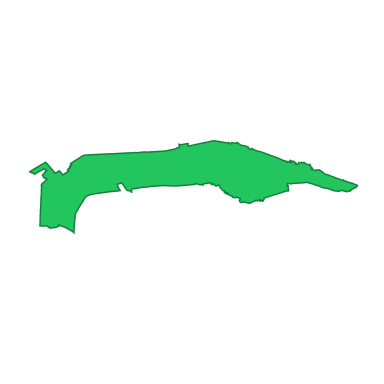 Scobinti, Iasi, Romania, rotated 187°
{"feature_id": "2599482B99021610053255", "entity_name": "Scobinti", "entity_type": "district", "adm_level": 2, "iso_a3": "ROU", "parent_name": "Romania", "parent_adm1": "Iasi", "projection": "natural_earth1", "projection_center": [26.947, 47.425], "detail": "fine", "context": "isolated", "style": "filled", "palette": "green", "viewbox_px": 384, "rotation_deg": 187, "n_neighbors": 0, "source": "geoboundaries", "source_scale": "gbopen_adm2", "svg_char_len": 5890}
<svg xmlns="http://www.w3.org/2000/svg" viewBox="0 0 384 384"><g transform="rotate(187 192 192)"><path d="M316.1,205.2L314.8,204.1L316.4,202.8L315.8,202.3L316.5,201.7L315.9,201.2L318.0,199.5L317.1,198.7L318.0,197.9L317.3,197.4L322.3,193.2L326.3,196.9L327.9,195.5L330.0,194.0L340.8,203.7L343.3,201.8L345.5,200.2L350.1,196.7L355.3,192.5L355.5,192.2L355.2,192.1L354.9,192.3L354.6,192.1L354.3,192.1L353.3,191.5L352.9,191.6L352.2,191.4L352.0,191.2L351.0,190.9L350.4,190.4L348.2,192.4L344.2,195.1L342.9,196.1L342.3,196.3L342.2,196.6L341.6,197.1L338.8,195.4L340.2,194.2L340.0,193.9L342.0,191.4L342.5,190.6L342.1,190.2L341.8,189.4L340.8,188.1L339.6,187.6L339.0,187.7L338.2,187.5L337.2,186.8L338.0,186.4L338.4,185.9L339.9,184.0L341.4,182.5L342.3,181.2L342.1,180.7L342.3,180.4L341.7,177.2L341.8,176.2L341.8,175.2L341.5,174.5L341.3,172.0L341.3,171.3L341.2,168.3L340.8,164.2L340.8,163.6L340.6,162.8L340.2,156.9L340.3,155.3L340.1,154.6L340.0,154.2L339.8,150.5L339.2,145.3L338.8,139.8L335.8,140.0L333.1,140.6L332.1,140.7L330.9,140.2L330.4,139.7L330.1,139.8L328.7,138.8L324.4,139.9L323.7,139.9L323.1,140.1L320.9,141.4L320.1,141.8L320.4,143.1L311.6,140.9L311.4,140.5L310.9,140.4L309.3,139.7L308.6,139.5L307.9,139.1L307.1,138.9L304.2,137.3L304.3,137.6L304.8,146.9L305.0,149.2L304.9,150.4L305.0,151.6L304.9,153.7L304.9,154.8L305.1,155.3L304.9,156.6L304.5,157.9L303.7,159.3L302.7,161.7L302.3,163.1L301.6,164.3L300.1,167.8L299.3,169.0L298.9,169.9L298.5,171.2L297.5,173.0L296.9,174.4L296.3,174.6L295.8,175.2L294.8,175.8L293.2,176.6L292.7,177.0L289.9,177.9L287.6,178.6L286.2,178.9L282.5,180.0L282.2,180.0L278.9,180.9L272.3,182.6L270.0,183.0L263.5,184.6L263.6,184.9L264.3,185.8L265.3,186.9L265.6,187.6L266.0,188.1L266.3,188.2L266.5,189.0L267.1,190.2L267.1,190.6L262.7,192.4L257.3,186.2L256.4,185.6L253.9,185.6L252.7,184.9L252.5,184.5L251.8,184.6L252.1,185.2L252.3,185.9L251.7,188.0L250.1,188.2L247.3,188.9L241.2,190.8L240.0,190.9L236.7,191.6L233.0,192.6L223.7,194.5L221.3,194.8L220.1,195.1L214.8,195.4L209.6,195.9L204.9,196.7L190.6,199.8L189.9,200.1L189.2,200.9L187.4,200.5L185.8,200.3L185.4,200.2L181.7,200.4L181.8,201.4L175.8,203.1L175.6,203.3L174.8,203.5L173.9,202.3L173.1,201.6L171.6,202.7L169.7,201.0L168.3,201.2L168.2,201.1L166.2,202.3L165.9,201.9L165.7,201.5L165.2,201.3L165.1,201.0L165.1,200.5L164.5,199.8L162.9,198.5L161.5,197.0L160.4,197.1L159.6,197.0L159.6,196.5L159.8,195.3L159.7,195.2L158.6,195.2L157.5,195.7L157.3,195.7L157.0,195.1L157.1,194.8L157.4,194.4L157.5,194.2L157.3,194.1L156.8,194.2L156.2,194.9L155.8,195.0L155.3,194.0L154.9,193.6L153.2,192.9L151.8,192.9L151.0,191.8L150.3,191.5L148.5,191.6L146.9,192.2L145.9,192.2L144.3,191.5L143.4,191.4L143.2,191.2L143.3,190.6L143.5,190.1L143.9,189.4L144.0,189.1L143.1,188.1L142.5,187.7L141.8,187.6L140.4,187.9L138.9,188.4L137.8,188.1L137.1,188.3L136.1,188.1L135.5,187.9L134.9,187.7L133.6,188.0L133.0,188.0L129.8,190.1L128.7,190.7L128.0,191.4L127.9,191.0L126.6,191.5L125.8,191.1L125.6,191.7L124.9,191.9L124.0,192.4L124.1,191.8L123.1,191.3L122.7,192.5L121.9,192.4L122.1,191.7L121.4,191.6L121.4,191.8L121.2,192.0L120.9,191.9L120.9,191.7L120.4,191.7L119.9,193.0L119.7,193.2L119.6,194.0L119.6,194.6L119.4,194.8L118.6,195.3L117.2,195.8L116.4,196.2L116.0,196.4L115.7,197.0L115.1,196.9L103.3,202.2L98.9,204.3L97.3,204.8L96.5,204.8L96.4,205.1L96.6,205.2L96.8,205.6L96.8,205.8L96.5,206.4L97.1,208.4L97.3,210.0L98.3,209.8L98.5,211.9L98.4,212.0L95.1,212.2L93.9,212.4L92.0,213.0L89.8,213.4L81.5,214.9L80.9,215.4L80.3,215.3L78.7,215.6L76.2,215.0L73.7,214.8L70.8,214.2L69.5,213.8L67.0,213.5L65.9,213.2L65.6,213.1L63.4,212.3L56.4,211.8L55.1,211.6L53.5,210.9L53.0,210.8L49.4,210.5L45.8,210.7L45.5,211.1L44.5,211.5L43.8,211.7L42.0,211.7L40.0,211.3L39.4,211.4L39.0,211.3L38.8,211.3L38.4,211.1L37.3,211.5L36.9,211.8L35.7,212.2L35.4,212.0L34.6,212.8L34.0,213.9L33.6,214.3L32.3,214.9L32.2,215.1L31.6,215.4L29.3,217.0L29.3,217.3L29.1,217.8L28.5,218.6L28.6,218.8L30.8,219.2L31.3,219.5L33.6,219.9L33.9,220.0L34.1,220.4L34.3,220.4L34.5,220.2L35.1,220.1L35.7,220.4L36.5,220.5L36.7,220.4L37.1,220.3L37.8,220.7L38.1,220.9L38.7,221.0L42.3,221.7L42.8,221.9L43.0,222.4L43.6,221.9L50.3,223.3L52.4,223.9L56.7,224.9L59.3,225.6L59.8,225.6L62.8,226.2L63.8,226.8L64.8,227.9L65.8,227.8L66.6,228.5L66.8,228.9L67.2,229.1L67.4,229.0L67.8,229.3L68.1,229.3L69.1,229.6L70.0,229.1L70.3,229.1L70.8,228.7L71.0,228.7L71.4,228.8L71.4,228.7L72.1,228.5L72.3,228.6L72.9,228.3L73.6,228.6L75.1,228.9L75.6,228.9L75.9,229.1L76.4,229.1L76.3,229.5L75.4,230.3L76.7,231.3L77.8,232.8L78.4,233.8L79.5,233.2L81.9,233.6L83.7,234.8L84.2,234.9L85.2,234.5L85.2,234.8L86.8,234.5L87.1,234.7L87.4,234.3L89.6,234.2L89.6,233.6L90.7,232.0L92.8,232.5L92.3,233.3L95.2,235.0L95.9,234.4L96.2,234.4L98.1,235.4L98.5,235.3L98.4,234.9L98.1,234.8L97.4,234.3L96.9,233.4L97.0,233.3L100.6,234.0L100.8,233.8L100.6,233.4L101.0,233.3L101.1,233.5L101.7,233.6L102.1,233.8L102.7,233.9L102.9,234.1L103.4,234.3L103.9,234.3L104.1,234.4L105.1,233.9L105.4,234.0L105.7,234.6L110.6,236.1L128.7,240.3L133.3,240.9L133.6,240.8L133.8,241.1L135.5,241.4L135.8,241.6L138.1,242.6L138.5,241.7L139.0,241.3L141.5,242.3L141.3,243.1L141.6,243.4L142.3,243.5L143.0,243.8L144.0,244.1L149.0,244.4L152.4,246.2L153.5,246.7L153.8,246.1L154.1,245.7L155.9,245.7L157.1,245.9L158.1,245.7L158.7,245.9L159.9,244.2L161.6,245.6L162.4,245.1L162.6,245.0L164.9,245.1L165.6,244.9L166.1,245.2L166.6,245.3L167.4,245.1L169.1,245.3L176.5,245.6L184.6,242.8L191.8,240.4L200.5,237.3L201.4,237.0L201.5,237.3L201.5,237.9L201.7,239.3L201.8,239.3L202.0,239.6L210.0,237.2L210.9,238.4L209.9,234.6L212.0,234.1L213.2,233.1L213.3,232.9L223.3,229.5L225.1,229.1L241.0,226.2L243.9,225.8L244.1,226.0L250.8,224.4L253.5,224.2L254.3,224.0L255.3,223.6L259.2,223.2L263.5,222.4L265.2,222.0L267.9,221.7L270.7,221.1L285.0,218.7L292.3,217.4L292.7,217.4L303.4,215.4L304.0,215.2L305.5,214.1L309.3,210.9L313.3,207.7L314.0,206.9L315.6,205.8L316.1,205.2Z" fill="#22c55e" stroke="#15803d" stroke-width="1.5"/></g></svg>